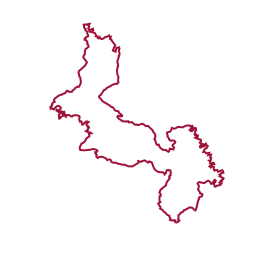 outline of Lagoa Vermelha, Rio Grande do Sul, Brazil, rotated 318°
{"feature_id": "56859067B79352726163221", "entity_name": "Lagoa Vermelha", "entity_type": "district", "adm_level": 2, "iso_a3": "BRA", "parent_name": "Brazil", "parent_adm1": "Rio Grande do Sul", "projection": "albers", "projection_center": [-51.488, -28.199], "detail": "fine", "context": "isolated", "style": "outline", "palette": "rose", "viewbox_px": 256, "rotation_deg": 318, "n_neighbors": 0, "source": "geoboundaries", "source_scale": "gbopen_adm2", "svg_char_len": 5876}
<svg xmlns="http://www.w3.org/2000/svg" viewBox="0 0 256 256"><g transform="rotate(318 128 128)"><path d="M158.5,232.1L160.2,231.9L159.4,229.8L161.5,229.4L162.1,230.5L163.1,229.3L164.4,229.8L165.4,229.3L163.8,225.3L164.8,225.3L164.8,224.0L165.6,224.5L166.6,223.9L167.7,224.2L168.9,225.1L169.6,224.1L169.9,222.5L165.6,220.7L166.2,219.0L165.2,217.9L163.8,217.6L163.9,216.1L165.7,214.6L164.4,212.5L163.0,212.7L162.9,211.1L166.7,211.8L167.9,212.7L168.3,211.8L168.0,210.6L166.7,210.4L165.2,209.2L166.7,208.0L166.5,206.5L168.0,207.3L169.8,205.8L169.3,204.9L171.9,203.4L169.4,201.8L171.7,200.8L169.1,199.1L169.3,198.0L168.8,196.8L168.0,196.1L170.8,195.0L173.6,195.5L175.2,194.8L174.9,193.2L175.4,191.8L174.3,191.9L173.6,192.6L172.9,192.8L170.1,191.3L169.0,191.3L168.6,190.5L169.5,189.7L170.8,190.8L171.9,191.2L173.2,190.6L172.4,189.2L171.4,188.9L171.6,186.8L172.9,187.0L173.9,186.3L174.3,185.3L173.4,184.3L171.6,180.7L173.4,181.5L174.9,180.4L172.9,179.0L173.2,177.6L174.2,178.4L174.3,176.9L175.5,175.5L176.8,175.4L177.9,174.4L178.2,173.2L177.1,173.0L176.9,172.0L175.8,171.5L175.0,171.8L175.2,173.1L173.5,173.1L172.7,172.4L173.6,171.7L172.8,170.7L175.6,170.4L176.7,170.5L177.3,169.4L175.3,168.2L175.3,167.3L173.5,165.5L171.0,164.5L169.3,164.3L165.8,160.6L162.9,160.0L161.5,159.1L160.7,157.3L158.6,158.5L157.0,158.9L154.2,157.5L153.3,158.1L152.4,160.2L151.6,160.8L151.5,163.3L150.8,164.1L151.4,166.3L152.6,166.9L153.9,168.5L153.8,170.1L153.1,170.5L149.8,170.4L149.2,171.0L149.2,173.3L147.3,174.3L145.2,171.3L143.5,172.5L142.2,172.8L141.5,171.2L141.6,169.8L139.5,167.9L138.8,165.0L138.8,163.4L139.7,161.0L138.8,160.7L138.2,159.5L140.1,154.9L140.1,153.9L142.4,153.0L143.6,151.4L144.0,150.3L144.3,146.8L144.8,146.1L144.2,139.7L142.5,138.6L142.0,135.3L141.3,134.3L138.1,133.0L137.2,132.2L136.8,131.3L135.9,130.8L135.3,129.7L134.8,126.3L132.2,124.2L132.7,123.1L130.7,121.8L130.2,121.0L128.5,119.5L127.3,114.1L127.7,112.4L128.6,112.2L130.7,114.8L131.6,115.2L132.1,114.4L131.4,110.6L132.1,109.5L131.8,108.7L130.3,106.9L130.2,105.8L130.6,103.5L130.4,102.1L129.6,101.0L129.5,99.1L126.9,90.7L127.3,88.7L127.0,86.0L127.7,85.1L128.5,84.9L129.4,85.3L135.8,83.7L136.7,84.3L139.5,84.1L142.8,85.1L145.1,85.4L148.8,87.0L149.2,87.9L151.6,87.6L152.2,86.3L155.2,83.5L155.8,81.3L158.7,77.4L160.6,76.2L161.3,75.4L162.3,75.3L163.5,73.5L163.7,72.4L165.2,71.0L168.7,69.1L169.1,68.2L170.0,68.3L171.3,67.3L173.4,63.9L174.8,63.3L175.4,62.1L172.8,60.7L169.8,63.0L168.6,60.3L172.0,58.6L173.2,58.5L173.9,58.0L174.4,51.9L174.9,51.0L174.2,49.7L176.3,48.7L175.5,47.9L175.9,46.6L173.8,46.3L171.7,45.1L169.7,45.1L167.8,44.3L167.5,42.8L167.8,41.8L166.9,42.1L166.1,41.8L165.7,40.9L166.8,39.8L165.4,38.3L166.3,37.8L166.9,35.3L165.4,32.7L167.6,32.1L168.4,30.9L166.3,29.9L164.2,30.9L164.1,29.9L165.0,28.9L165.0,27.4L167.2,26.7L167.2,25.4L169.1,24.9L167.8,23.9L166.7,23.9L165.9,22.8L164.2,21.6L163.5,23.0L162.7,23.7L162.5,24.9L162.8,26.0L161.8,26.6L162.1,28.9L161.6,30.0L160.8,30.6L160.7,31.8L159.9,33.1L156.9,32.3L156.4,33.0L155.5,32.7L154.8,33.2L155.7,33.9L155.3,34.7L155.6,36.6L153.9,38.3L154.2,39.2L153.1,41.3L149.0,41.0L147.0,42.4L145.1,44.4L144.0,44.4L142.1,45.4L141.4,51.8L137.7,52.9L129.5,52.9L128.2,53.7L127.8,55.0L126.3,57.0L126.4,58.3L123.7,62.4L121.9,63.6L118.9,64.5L118.3,63.6L115.4,62.9L114.1,63.3L111.7,63.1L110.6,63.6L108.4,61.8L108.2,60.5L107.5,59.4L104.6,60.1L102.2,58.9L101.4,59.1L99.4,57.9L96.1,57.3L95.2,57.4L93.9,57.0L91.6,57.7L91.1,59.5L89.0,58.8L88.1,59.5L87.3,59.5L86.6,60.5L84.5,60.3L83.4,62.0L84.7,62.3L85.3,64.6L88.6,64.1L89.9,64.3L91.2,65.0L91.8,67.7L91.3,68.4L88.7,68.8L88.0,68.3L87.4,66.7L86.5,67.1L87.2,69.9L88.9,70.4L89.9,71.4L89.0,71.8L85.3,71.9L84.6,73.3L83.5,74.1L83.2,75.1L84.6,75.3L85.3,74.8L87.7,75.5L88.4,74.8L88.9,73.5L90.0,72.7L91.4,73.3L89.2,77.0L89.3,78.1L90.8,77.2L93.0,79.1L93.5,81.3L94.2,82.1L95.3,81.9L97.8,83.5L99.7,86.2L99.6,87.3L97.4,89.0L97.0,89.9L96.5,91.2L97.6,91.6L97.5,92.7L96.2,94.9L97.3,95.4L99.9,95.0L101.4,95.2L102.2,96.0L102.7,97.1L99.6,97.3L99.0,98.7L99.7,100.8L99.3,101.6L98.2,101.2L97.6,102.3L96.6,102.7L95.5,102.1L94.6,102.1L95.5,104.4L97.0,106.1L97.2,107.4L95.2,106.0L93.9,108.3L89.7,107.9L87.8,109.0L85.3,109.1L83.0,108.5L79.0,110.2L77.8,112.3L80.6,115.4L85.6,119.0L88.2,120.3L89.8,122.8L90.2,124.4L88.1,124.9L87.3,124.1L86.7,125.5L86.8,127.1L85.3,128.0L85.4,130.1L87.0,130.2L89.7,132.2L91.2,135.6L91.1,138.0L92.8,138.6L93.6,139.4L93.7,140.4L93.0,142.3L94.0,144.2L95.8,145.6L96.3,147.2L99.6,152.0L100.7,152.6L102.8,156.9L105.4,159.4L107.7,160.0L112.8,160.8L113.5,159.5L115.1,161.9L116.2,162.0L118.6,163.1L119.4,165.5L119.5,166.8L120.2,167.3L121.4,167.0L121.9,168.3L122.7,169.3L120.3,175.6L120.2,177.0L120.5,179.1L121.3,181.2L124.6,184.8L124.2,187.0L125.0,186.7L126.0,186.9L128.4,185.3L129.9,186.1L130.3,187.4L131.1,187.9L129.9,189.9L128.4,190.9L127.9,191.8L126.8,191.3L125.5,192.2L125.5,193.3L121.6,194.0L119.8,194.6L117.8,196.1L114.8,195.7L112.5,195.9L111.2,195.5L108.0,197.1L108.1,198.9L106.9,200.3L105.8,199.8L103.1,202.6L102.5,203.8L102.5,204.7L100.0,204.2L99.3,206.7L99.3,208.1L98.8,209.1L97.9,209.4L98.9,212.0L98.6,213.9L99.1,216.2L99.0,218.7L100.0,221.0L99.4,221.6L98.9,223.9L97.7,224.3L98.6,226.1L100.9,227.5L101.2,228.5L100.3,228.7L100.2,229.9L100.8,230.7L101.7,231.2L102.6,231.0L103.5,231.4L104.3,231.1L104.1,229.5L105.1,228.9L107.1,226.6L109.6,226.7L110.4,226.2L112.8,227.1L114.6,226.4L115.4,227.2L117.4,227.4L120.9,228.4L122.1,229.9L122.5,231.0L122.5,233.5L123.0,234.4L125.5,233.1L131.9,228.7L133.1,228.4L133.6,227.5L134.7,227.2L135.9,227.5L136.8,228.1L137.7,228.1L138.5,227.4L139.0,226.7L137.8,224.8L138.4,224.0L139.0,220.4L141.1,219.3L142.0,218.3L142.4,216.0L143.4,215.5L145.1,216.1L145.9,217.6L147.8,219.9L151.7,220.5L152.5,221.0L152.9,223.3L152.3,225.0L153.0,225.6L157.8,224.5L157.9,225.7L157.4,226.4L156.4,226.7L155.3,226.5L154.5,227.0L153.3,229.6L154.2,230.3L155.3,230.3L158.5,232.1Z" fill="none" stroke="#9f1239" stroke-width="2"/></g></svg>